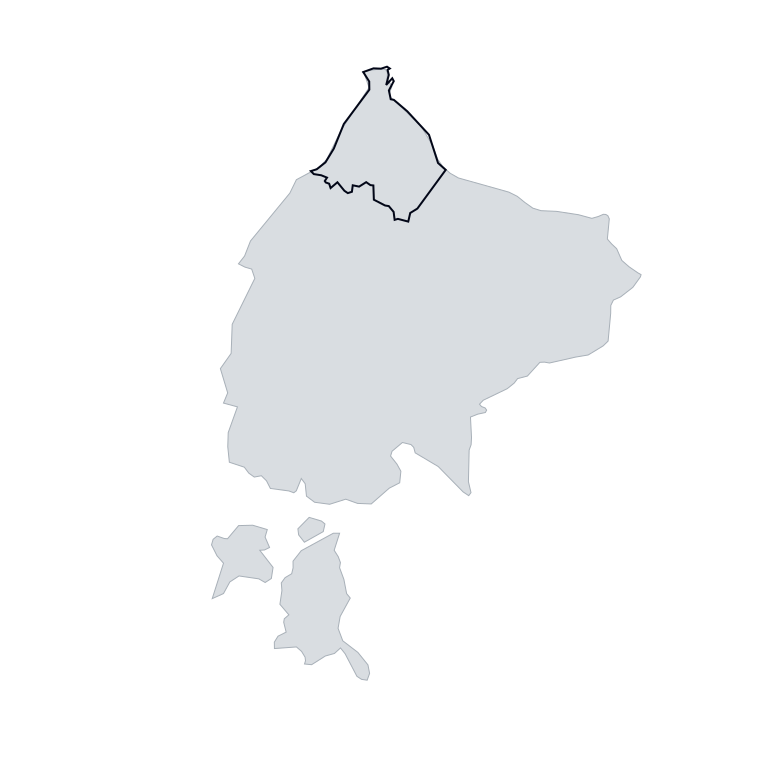 Ida-Viru on a map of Estonia (Mercator projection), rotated 296°
{"feature_id": "EST-1655", "entity_name": "Ida-Viru", "entity_type": "County", "adm_level": 1, "iso_a3": "EST", "parent_name": "Estonia", "parent_adm1": "", "projection": "mercator", "projection_center": [27.147, 59.161], "detail": "coarse", "context": "in_parent", "style": "outline", "palette": "ink", "viewbox_px": 768, "rotation_deg": 296, "n_neighbors": 0, "source": "natural_earth", "source_scale": "10m", "svg_char_len": 3169}
<svg xmlns="http://www.w3.org/2000/svg" viewBox="0 0 768 768"><g transform="rotate(296 384 384)"><path d="M595.0,567.1L592.7,567.5L580.0,565.3L566.1,558.5L560.0,553.4L554.0,553.4L546.8,556.8L520.8,566.6L514.4,564.3L499.6,554.8L492.1,544.3L475.4,523.5L474.0,518.6L471.8,514.6L454.0,509.4L447.4,501.7L441.9,500.6L433.8,496.8L412.9,480.3L407.7,478.7L406.5,481.5L406.8,485.4L405.5,487.7L402.8,487.6L398.0,481.5L392.2,476.2L374.1,486.2L367.6,488.9L361.9,489.5L333.2,502.7L324.5,509.8L320.8,509.1L321.7,502.4L333.6,468.9L335.8,442.2L340.1,438.5L341.4,434.8L339.5,426.2L327.1,420.7L322.1,421.5L317.7,430.7L313.0,437.4L302.1,441.4L292.7,434.4L270.6,425.1L265.1,412.6L263.7,400.1L252.1,387.9L247.3,373.5L249.2,363.5L259.8,356.9L262.8,351.1L249.5,352.0L246.7,350.6L246.2,345.4L240.3,327.7L245.5,320.8L247.8,314.0L243.5,308.2L244.6,301.6L248.0,294.9L245.9,279.3L259.1,271.1L272.0,265.3L299.2,262.3L296.5,248.1L307.5,247.4L326.1,230.2L344.5,233.2L371.1,221.4L422.3,221.6L429.3,214.7L428.1,207.8L428.2,200.5L437.9,202.6L454.0,201.3L514.3,215.7L529.2,215.7L549.7,230.4L560.8,234.1L593.5,234.2L643.9,240.6L653.8,230.7L654.7,228.1L659.6,233.7L665.6,242.6L667.3,247.7L665.2,250.7L659.1,253.2L657.8,255.9L655.1,260.6L648.0,261.4L644.3,264.8L640.0,279.9L631.7,304.7L619.4,323.5L609.5,333.8L605.1,341.6L602.4,351.1L601.8,360.5L611.2,412.2L611.1,421.5L608.9,431.0L607.3,440.7L608.6,449.1L614.8,463.4L621.4,484.6L624.0,498.2L628.4,503.1L632.7,506.8L633.6,509.0L633.4,511.4L631.2,514.1L612.2,521.2L609.7,527.1L607.6,533.8L599.3,543.6L596.8,552.8L595.2,563.3L595.0,567.1ZM166.6,380.0L173.0,384.2L178.9,382.9L184.9,379.9L197.9,382.7L227.7,403.9L230.4,409.5L212.7,412.1L208.7,418.6L204.4,423.1L199.4,424.6L190.8,433.6L179.2,442.3L176.8,447.5L155.8,446.5L144.3,449.8L135.1,459.5L131.3,478.2L124.5,492.7L117.6,497.9L110.4,498.7L108.7,493.3L109.4,487.8L124.5,467.3L127.7,460.6L120.1,457.6L113.8,450.5L100.0,442.0L97.5,435.3L100.8,434.8L103.9,432.8L107.5,427.2L109.3,420.6L98.2,401.5L103.9,398.6L110.9,399.3L118.1,404.8L125.9,398.3L129.3,397.3L134.8,399.7L140.4,387.0L153.6,382.8L160.2,378.9L166.6,380.0ZM194.3,344.2L186.9,352.8L182.4,349.3L180.1,345.2L170.5,364.7L159.8,368.0L153.5,364.2L154.0,356.9L147.9,337.8L138.5,332.2L125.3,331.6L115.8,323.7L152.6,318.3L156.4,309.2L163.8,299.5L169.5,298.5L174.2,300.7L175.1,308.2L176.3,311.2L193.0,315.4L199.5,327.9L202.0,342.9L194.3,344.2ZM232.3,392.3L224.7,394.1L206.9,381.8L211.0,373.4L216.1,370.1L231.3,375.2L233.4,387.9L232.3,392.3Z" fill="#d9dde1" stroke="#a8b0b8" stroke-width="1"/><path d="M655.3,228.6L663.1,236.2L666.1,243.1L670.5,247.6L670.1,250.9L667.9,249.5L663.9,252.8L653.7,254.9L662.4,257.4L660.5,260.0L650.0,259.7L642.9,265.2L643.7,268.3L639.3,285.4L627.7,315.2L606.3,335.7L603.5,345.6L556.3,337.1L549.2,332.6L540.6,334.6L538.5,324.1L536.2,321.6L542.9,317.2L546.0,310.3L544.9,306.7L545.2,294.1L557.8,287.4L556.8,284.6L557.6,279.5L550.5,275.1L548.9,268.8L542.7,270.9L539.7,267.8L540.3,263.7L544.9,253.7L536.7,250.1L540.0,246.9L539.6,243.3L540.5,241.8L544.5,242.3L544.1,236.1L541.9,228.9L543.3,224.9L547.5,229.4L557.5,234.2L573.6,235.7L600.1,233.9L642.1,241.8L649.4,238.1L655.3,228.6Z" fill="none" stroke="#020617" stroke-width="2"/></g></svg>